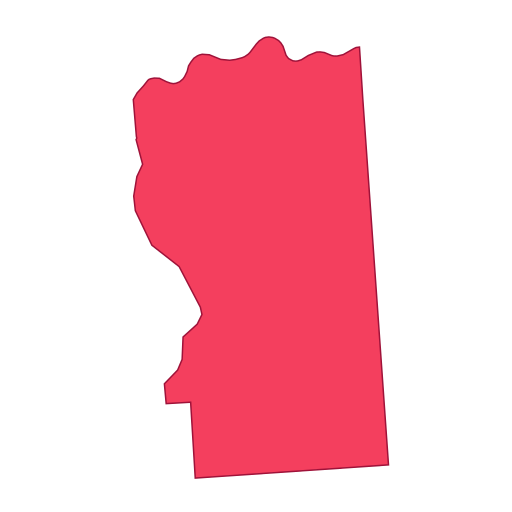 the district of Cass, Nebraska, United States of America, rotated 266°
{"feature_id": "52423323B68486838803795", "entity_name": "Cass", "entity_type": "district", "adm_level": 2, "iso_a3": "USA", "parent_name": "United States of America", "parent_adm1": "Nebraska", "projection": "natural_earth1", "projection_center": [-95.933, 40.925], "detail": "fine", "context": "isolated", "style": "filled", "palette": "rose", "viewbox_px": 512, "rotation_deg": 266, "n_neighbors": 0, "source": "geoboundaries", "source_scale": "gbopen_adm2", "svg_char_len": 1176}
<svg xmlns="http://www.w3.org/2000/svg" viewBox="0 0 512 512"><g transform="rotate(266 256 256)"><path d="M38.7,179.9L38.4,373.6L405.6,373.5L457.2,373.8L457.0,370.4L456.1,368.1L450.8,357.1L449.8,350.8L450.1,347.5L450.7,345.5L454.2,338.4L455.1,334.2L455.2,330.7L452.4,322.2L448.6,315.0L447.7,311.3L447.6,309.3L448.1,306.5L448.7,305.4L450.6,302.4L451.6,301.6L454.1,300.0L463.3,297.6L466.9,295.6L469.3,293.6L471.9,289.9L472.8,287.9L473.6,284.1L473.4,280.6L472.7,278.5L470.9,275.3L470.4,274.3L467.4,271.1L459.5,264.2L457.9,262.4L455.7,258.7L454.8,256.1L453.5,249.4L453.1,243.4L454.6,234.5L460.0,223.5L461.0,216.4L460.5,213.6L459.7,211.4L457.6,207.8L454.0,204.6L450.4,202.0L444.9,200.2L439.9,197.3L437.7,195.5L435.1,192.0L433.9,188.3L433.7,185.5L434.4,182.7L436.1,178.8L440.0,172.1L440.6,166.9L440.2,163.5L439.7,161.7L438.8,160.4L433.5,155.6L427.0,148.8L420.6,144.5L383.6,145.0L382.7,145.2L381.9,145.2L381.2,145.0L380.5,144.5L355.4,149.3L343.5,142.7L324.3,138.2L309.6,138.8L274.0,152.9L250.8,178.6L208.9,196.9L201.4,198.0L192.1,192.6L180.3,177.6L158.0,175.1L147.7,169.9L134.9,155.7L115.0,156.1L114.7,180.6L38.7,179.9Z" fill="#f43f5e" stroke="#9f1239" stroke-width="1.5"/></g></svg>